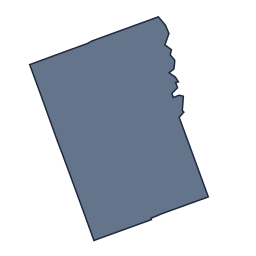 Canadian, Oklahoma, United States of America, rotated 250°
{"feature_id": "52423323B84660675823799", "entity_name": "Canadian", "entity_type": "district", "adm_level": 2, "iso_a3": "USA", "parent_name": "United States of America", "parent_adm1": "Oklahoma", "projection": "robinson", "projection_center": [-97.892, 35.525], "detail": "fine", "context": "isolated", "style": "filled", "palette": "slate", "viewbox_px": 256, "rotation_deg": 250, "n_neighbors": 0, "source": "geoboundaries", "source_scale": "gbopen_adm2", "svg_char_len": 776}
<svg xmlns="http://www.w3.org/2000/svg" viewBox="0 0 256 256"><g transform="rotate(250 128 128)"><path d="M33.9,118.6L35.3,118.7L35.9,131.0L35.8,179.9L37.4,179.9L97.5,179.8L120.6,179.7L123.8,185.9L125.8,185.0L138.9,190.9L141.3,187.3L141.2,180.8L145.6,181.3L148.9,188.3L154.6,188.3L154.1,191.1L159.7,189.9L165.9,185.4L167.7,191.3L174.5,194.7L176.0,195.0L182.3,192.7L186.7,195.6L193.4,191.1L195.7,192.9L202.8,198.8L211.9,198.3L222.1,194.5L222.1,193.9L222.1,180.0L222.1,169.7L222.1,159.5L222.1,150.8L222.1,147.6L222.1,146.8L222.1,141.7L222.1,134.1L222.1,131.5L222.1,126.2L222.1,123.7L221.3,118.8L221.3,103.4L221.3,93.2L221.2,57.3L190.0,57.4L137.8,57.2L127.3,57.4L106.4,57.5L65.1,57.6L33.9,57.5L34.0,62.6L33.9,118.6Z" fill="#64748b" stroke="#1e293b" stroke-width="1.5"/></g></svg>